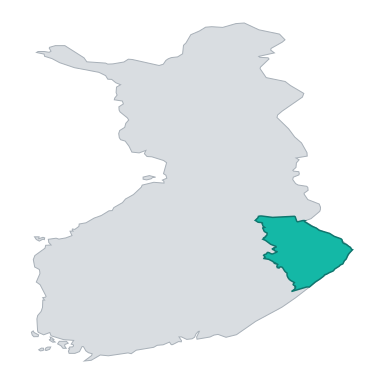 North Karelia highlighted on a map of Finland
{"feature_id": "FIN-3190", "entity_name": "North Karelia", "entity_type": "Province", "adm_level": 1, "iso_a3": "FIN", "parent_name": "Finland", "parent_adm1": "", "projection": "equal_earth", "projection_center": [29.553, 62.804], "detail": "fine", "context": "in_parent", "style": "filled", "palette": "teal", "viewbox_px": 384, "rotation_deg": 0, "n_neighbors": 0, "source": "natural_earth", "source_scale": "10m", "svg_char_len": 6148}
<svg xmlns="http://www.w3.org/2000/svg" viewBox="0 0 384 384"><path d="M131.9,152.1L129.0,146.2L125.2,141.1L120.6,139.7L119.3,137.7L118.7,133.6L119.7,130.5L124.7,127.4L125.8,123.3L128.7,120.0L127.4,117.9L120.1,112.0L119.1,110.1L118.9,106.8L123.4,103.9L122.3,101.0L114.3,99.8L114.7,98.1L117.1,95.1L116.1,92.6L116.5,87.1L120.6,84.7L115.9,82.8L111.7,79.4L107.8,79.2L105.6,75.6L98.8,72.3L74.5,67.7L59.7,62.7L52.0,58.6L44.6,56.3L44.1,54.1L36.5,52.5L38.1,51.5L44.2,51.5L49.2,52.3L51.0,51.2L49.2,48.1L49.6,47.3L55.5,45.6L64.8,45.6L84.0,57.8L86.8,61.8L105.6,63.1L107.7,64.1L112.8,63.9L123.9,62.0L128.3,59.2L132.3,59.5L159.1,65.5L163.3,64.2L165.9,60.4L168.2,58.8L171.3,57.6L177.6,56.9L182.6,53.8L183.5,45.3L186.0,42.9L190.8,34.7L199.4,31.0L205.6,27.2L211.7,26.7L222.7,27.4L235.9,23.6L244.3,23.0L258.9,29.8L279.5,34.1L285.0,39.8L282.3,42.1L271.1,48.4L270.7,50.1L274.4,52.9L258.7,56.4L259.8,57.3L268.1,57.8L269.0,59.0L260.4,67.2L260.1,68.7L266.2,77.6L285.2,81.5L290.4,85.5L303.8,93.4L302.4,97.1L282.2,111.1L277.6,115.0L277.0,117.5L288.6,128.8L294.7,137.0L301.5,142.9L307.0,152.7L307.2,156.1L296.0,158.0L299.1,159.8L296.4,162.9L296.0,167.4L292.8,170.3L293.5,171.1L298.8,171.7L299.3,173.7L298.9,174.9L293.3,177.2L292.7,179.5L295.6,183.6L298.1,185.0L306.7,186.3L307.8,187.4L308.1,190.3L304.1,193.2L304.2,194.3L307.8,199.6L319.2,204.0L320.5,207.2L320.4,209.4L319.8,211.3L311.0,218.7L304.4,221.0L317.4,229.0L340.6,239.2L350.7,248.0L351.5,250.4L344.1,261.5L341.1,264.6L322.3,277.1L295.4,297.9L281.9,307.2L255.6,321.4L236.5,334.7L226.0,337.3L218.0,334.4L214.0,335.1L210.0,337.0L197.0,339.2L196.6,337.0L199.4,331.3L198.3,331.4L195.9,334.1L194.6,337.2L192.1,338.8L186.7,339.4L181.5,336.9L179.0,336.9L181.5,340.7L181.3,341.8L178.5,341.6L172.6,344.6L171.2,344.6L169.5,342.1L163.1,344.8L157.2,345.3L153.7,347.3L136.2,350.2L131.2,353.7L128.0,352.9L108.4,355.8L100.3,355.0L91.2,360.3L84.3,361.0L91.7,355.5L92.1,353.7L88.4,352.7L85.8,350.8L83.5,346.7L82.1,346.5L79.5,351.6L74.8,353.4L69.1,353.4L68.4,351.1L69.6,349.0L68.7,348.7L69.7,347.0L72.6,346.9L73.5,346.0L73.5,345.0L71.2,344.1L73.7,340.4L63.5,339.6L51.1,335.8L49.8,332.5L43.7,334.8L38.3,332.4L37.6,331.0L36.9,318.9L37.7,315.5L41.1,311.5L42.5,307.5L42.8,300.1L44.6,300.1L42.7,297.7L45.6,297.1L46.1,296.3L40.1,284.7L36.3,282.0L39.9,273.7L39.8,271.8L39.3,269.5L34.7,267.0L33.3,259.6L34.9,255.5L45.0,248.2L45.7,245.3L51.1,245.0L48.8,242.5L48.3,239.3L56.1,238.2L58.9,239.1L65.8,237.9L72.0,235.6L70.0,231.2L73.1,231.1L72.2,230.1L72.4,229.0L74.8,229.4L78.9,226.4L79.2,224.0L86.0,222.8L94.1,218.1L101.3,215.5L109.0,210.8L112.2,210.6L113.9,207.5L122.4,202.7L125.5,199.0L133.4,194.6L141.3,187.2L142.2,185.1L153.8,182.3L164.0,183.1L163.9,181.2L162.4,180.1L166.8,178.2L165.9,175.2L163.5,173.7L166.6,162.7L163.6,160.5L151.8,156.8L147.0,156.5L144.4,153.7L145.9,150.4L139.2,152.9L131.9,152.1ZM59.3,341.3L66.4,341.3L68.2,343.2L64.9,344.5L64.6,346.0L66.2,348.3L63.0,348.3L60.9,345.7L57.6,343.9L59.3,341.3ZM151.1,178.8L146.6,179.9L143.1,179.2L143.1,177.1L149.4,175.6L155.6,177.2L152.5,177.6L151.1,178.8ZM39.1,236.8L38.7,238.7L43.0,237.3L44.7,237.9L44.3,239.6L42.9,239.2L39.3,241.1L36.3,239.5L34.5,236.8L39.1,236.8ZM38.6,334.9L38.1,336.6L33.8,336.7L32.2,335.0L31.4,332.2L33.2,330.9L34.1,332.5L38.6,334.9ZM55.1,342.0L52.8,342.2L49.7,340.3L49.4,339.6L50.7,339.2L50.2,337.1L52.6,338.3L53.9,339.6L52.5,339.9L55.1,342.0ZM49.6,349.3L46.4,350.5L45.2,350.2L45.7,348.1L47.6,347.1L50.7,347.0L49.6,349.3ZM43.1,350.5L40.3,350.9L38.7,349.8L41.4,348.1L43.4,348.2L43.8,349.3L43.1,350.5Z" fill="#d9dde1" stroke="#a8b0b8" stroke-width="1"/><path d="M304.6,220.6L304.1,220.8L304.7,221.7L312.0,226.3L316.2,228.0L318.1,229.4L318.7,230.0L319.5,230.4L329.6,233.4L334.3,236.4L340.5,238.6L341.3,239.0L341.9,239.6L342.2,240.3L342.2,240.9L342.4,241.7L342.7,242.4L343.1,242.9L343.9,243.5L345.8,244.2L346.7,244.7L348.7,246.3L349.4,246.7L349.8,246.9L350.6,247.5L351.0,248.4L351.5,249.2L352.6,249.7L349.9,252.5L348.7,253.8L347.8,255.3L346.4,258.6L345.9,259.4L344.6,260.5L344.0,261.4L343.3,263.0L342.9,263.8L342.2,264.2L340.6,264.8L340.1,265.1L339.8,265.5L339.2,266.2L334.9,268.9L334.5,269.3L333.7,270.5L333.2,270.9L332.7,271.2L329.2,272.7L326.5,274.2L325.3,274.5L324.7,274.8L324.4,275.1L323.5,276.3L319.7,279.2L315.4,281.9L309.4,287.0L306.7,287.0L291.5,291.5L294.3,289.4L295.5,287.9L295.4,287.3L294.9,287.0L295.5,286.4L295.3,286.1L293.4,285.0L293.1,284.4L293.3,284.0L293.7,283.3L294.4,282.6L293.7,282.1L292.8,281.7L291.0,280.7L289.4,279.5L288.3,278.1L287.8,277.2L287.2,275.9L287.0,274.5L287.1,273.8L286.9,272.9L286.3,272.6L285.2,271.6L284.7,271.0L283.9,269.8L282.9,268.1L281.9,267.1L280.7,266.8L279.9,267.1L279.2,267.8L279.1,268.0L278.7,268.0L277.7,267.7L277.4,267.6L277.6,266.9L277.1,266.8L276.9,266.7L276.9,266.3L277.0,265.9L277.2,265.3L277.6,264.7L277.8,264.5L277.6,264.2L275.0,263.6L274.7,263.4L275.5,263.1L275.2,262.9L274.0,262.4L273.2,261.9L273.0,261.6L272.2,261.1L271.7,260.9L269.1,259.5L268.5,259.3L263.9,258.5L264.2,257.9L264.6,257.5L264.8,257.4L265.2,257.2L263.6,255.3L264.4,254.6L266.0,254.1L266.6,253.6L267.3,252.5L268.1,252.4L269.4,252.8L270.7,253.6L272.0,254.0L273.0,253.8L276.8,252.1L277.0,251.6L275.6,251.2L274.7,250.7L274.0,250.0L273.0,249.6L272.5,249.3L272.3,248.9L272.5,248.7L272.8,248.8L273.3,249.0L273.8,249.0L274.1,248.9L274.1,248.7L273.6,248.4L273.4,248.3L273.6,248.0L274.0,247.8L275.8,247.3L276.1,247.1L276.0,246.4L270.7,244.3L265.9,240.7L264.5,239.9L263.6,239.6L262.8,239.2L264.0,238.2L263.7,237.9L263.9,237.7L265.5,237.0L265.6,236.8L265.3,236.6L265.4,236.4L266.4,235.6L266.8,235.2L267.0,234.8L267.0,234.0L267.1,233.7L267.2,233.4L267.0,232.9L265.6,232.3L264.8,231.8L264.2,231.3L263.8,230.5L263.5,229.7L263.2,229.0L262.9,228.6L262.7,228.0L263.0,227.7L263.6,227.5L264.3,227.5L264.7,227.4L264.2,227.0L263.4,226.6L262.9,225.8L262.6,224.9L262.1,223.7L262.5,223.2L262.3,222.9L261.8,222.7L260.9,222.5L258.5,222.3L257.8,222.1L256.1,220.9L255.2,220.4L257.7,218.0L258.1,217.4L258.3,217.0L258.4,216.5L258.4,216.4L260.0,216.0L261.6,216.0L272.6,217.4L294.3,216.3L294.8,216.5L295.2,216.8L296.7,221.1L296.9,221.4L297.4,221.7L297.6,221.8L298.1,221.7L302.6,220.6L304.1,220.5L304.6,220.6L304.6,220.6Z" fill="#14b8a6" stroke="#0f766e" stroke-width="1.5"/></svg>